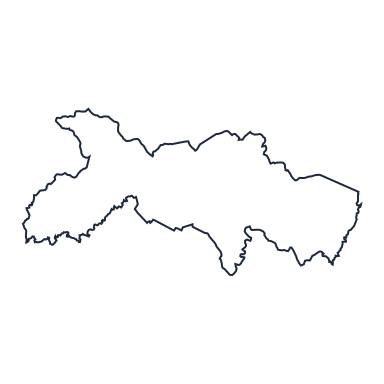 Goiatuba, Goiás, Brazil
{"feature_id": "56859067B21537019746622", "entity_name": "Goiatuba", "entity_type": "district", "adm_level": 2, "iso_a3": "BRA", "parent_name": "Brazil", "parent_adm1": "Goiás", "projection": "robinson", "projection_center": [-49.724, -17.991], "detail": "fine", "context": "isolated", "style": "outline", "palette": "slate", "viewbox_px": 384, "rotation_deg": 0, "n_neighbors": 0, "source": "geoboundaries", "source_scale": "gbopen_adm2", "svg_char_len": 5942}
<svg xmlns="http://www.w3.org/2000/svg" viewBox="0 0 384 384"><path d="M232.1,275.1L234.0,273.6L236.1,270.9L236.6,268.2L235.7,266.3L235.4,264.0L238.5,265.0L239.5,264.8L240.6,263.9L243.2,259.4L244.0,258.8L244.4,257.4L242.4,256.9L241.3,257.0L240.4,256.4L240.4,255.0L241.3,254.1L243.7,254.3L245.1,252.9L245.0,251.4L243.3,250.4L242.4,249.3L245.1,247.3L245.9,246.1L246.0,244.8L245.0,242.3L245.1,240.6L247.0,239.6L250.2,240.8L251.0,239.6L251.1,237.7L249.5,237.1L248.3,236.0L245.9,233.3L244.7,231.4L245.3,228.7L246.0,227.7L249.7,226.4L251.0,229.4L251.9,230.0L257.7,229.7L260.2,230.0L263.1,231.4L264.7,233.4L264.3,234.9L266.5,238.5L267.6,239.1L268.4,240.6L271.6,241.3L275.1,243.1L276.0,244.9L276.4,246.6L277.3,247.9L278.0,249.7L282.0,250.4L284.0,250.0L287.9,251.2L288.9,250.1L290.2,247.5L291.4,247.5L293.2,250.1L296.3,256.6L296.7,258.3L297.5,260.3L298.4,261.4L298.8,262.7L300.9,265.5L303.8,264.3L305.0,260.8L306.5,260.3L309.9,260.4L312.4,255.8L314.5,254.9L318.4,252.1L320.0,251.4L321.7,251.9L323.6,253.7L322.4,254.3L322.7,256.0L326.2,256.4L327.3,257.6L328.6,258.5L329.3,261.9L330.4,261.5L331.2,262.7L331.7,263.9L332.7,264.6L332.9,263.2L332.7,262.0L332.9,260.2L334.2,259.6L334.5,258.0L335.5,257.1L335.6,255.7L337.3,256.1L338.8,255.9L337.6,253.0L338.7,252.1L339.5,250.7L340.7,249.7L340.6,248.6L341.8,247.3L342.5,244.3L342.6,241.8L346.0,241.6L345.9,240.2L344.0,238.6L344.3,237.3L346.2,237.6L346.5,235.2L347.9,234.3L348.4,231.3L349.2,230.3L350.6,230.0L354.1,226.0L356.7,219.4L356.1,217.3L356.7,215.1L356.7,213.4L358.2,212.9L358.7,211.7L357.9,209.5L359.0,207.3L360.3,206.9L361.0,204.2L359.4,205.4L357.3,205.3L356.6,203.4L358.0,201.3L358.0,195.0L358.5,193.9L358.0,192.9L358.4,191.8L319.8,174.8L315.7,175.0L311.1,176.4L308.3,176.7L305.4,177.8L303.8,178.0L299.5,177.9L296.7,180.2L295.2,180.4L292.8,178.1L291.1,175.7L290.4,174.0L287.7,170.1L286.5,170.7L285.4,170.0L285.4,168.7L285.0,167.7L284.9,164.6L283.3,162.8L280.8,162.4L276.5,162.7L274.6,163.3L273.5,162.4L270.6,163.6L269.7,162.0L269.0,159.6L266.9,155.7L263.8,154.3L264.2,152.0L265.7,150.6L266.2,149.6L266.2,147.3L265.4,145.7L263.6,146.3L262.2,146.5L262.8,144.4L264.8,142.1L265.3,140.9L265.1,139.5L264.7,137.8L263.2,137.1L262.2,135.3L260.1,134.0L256.0,134.6L254.1,134.5L251.1,133.1L250.2,131.9L244.7,136.5L242.6,139.7L240.5,139.6L238.7,139.9L239.2,137.8L235.2,133.9L233.2,134.2L232.0,135.1L228.9,132.0L227.1,130.9L224.5,131.4L222.1,132.7L218.3,133.9L216.1,134.1L200.1,144.3L198.7,146.4L197.5,148.8L196.1,150.2L195.2,150.7L194.0,149.2L192.0,147.6L190.5,145.9L189.2,143.8L188.3,141.3L185.0,141.6L171.6,144.2L170.5,143.8L168.8,144.2L164.5,143.7L163.0,144.9L160.6,145.1L158.2,148.7L154.9,151.4L153.6,151.5L152.7,153.4L153.1,155.0L152.6,156.3L149.8,154.3L147.1,151.8L143.7,145.8L141.6,144.1L140.8,143.1L140.0,141.3L138.4,139.3L136.8,138.9L132.8,139.5L131.1,140.5L129.7,140.8L126.4,141.1L123.3,138.6L122.5,136.8L120.8,135.3L118.1,131.5L118.1,127.5L118.6,124.7L117.9,122.8L116.8,122.2L114.2,121.6L109.8,118.0L108.4,116.6L103.8,116.4L101.9,117.2L99.8,117.2L97.2,115.3L95.7,115.4L92.8,114.0L90.7,112.0L88.4,108.9L85.4,111.5L81.9,111.6L79.5,111.2L76.1,111.3L75.2,112.8L74.8,114.2L74.9,115.3L74.5,116.3L73.5,116.6L71.8,116.5L70.4,116.0L67.9,117.0L65.6,116.3L62.8,116.5L61.5,117.6L60.2,118.2L58.6,117.8L56.9,117.9L56.0,119.9L55.9,121.1L60.4,125.8L61.9,127.8L63.0,128.3L67.9,128.9L69.2,128.5L69.8,129.9L72.7,130.9L73.7,132.2L74.4,135.0L77.1,137.1L80.1,142.0L80.5,143.4L79.9,146.3L81.3,151.4L81.3,152.9L82.4,155.2L83.5,156.6L86.1,157.7L88.0,157.7L89.4,156.7L86.7,167.4L85.0,168.6L83.6,168.8L80.3,171.1L79.6,172.3L78.6,172.9L77.0,175.7L76.0,176.9L74.7,177.6L72.5,177.1L69.7,175.0L68.6,175.1L67.3,174.8L65.2,173.0L62.0,174.7L59.4,174.6L57.6,174.2L56.6,174.5L55.8,175.2L54.5,177.5L55.0,178.6L55.1,179.7L50.8,184.1L49.1,183.6L47.6,184.5L47.4,185.7L46.6,186.4L46.6,188.4L45.0,190.1L40.1,190.6L37.1,194.3L36.0,195.3L34.0,195.2L34.1,197.5L33.5,201.1L32.8,202.4L31.9,202.7L32.3,204.3L31.7,205.3L30.2,204.7L29.2,205.6L29.4,207.6L27.8,208.1L26.5,208.1L26.9,210.0L27.7,211.0L29.5,215.2L28.8,218.0L28.2,218.8L27.1,218.8L26.3,220.2L25.1,220.6L24.5,222.2L23.0,223.8L24.5,228.1L25.9,229.9L26.2,231.1L25.9,236.6L26.1,237.9L26.8,239.3L26.3,242.5L27.7,241.9L28.7,240.6L28.7,239.1L31.3,238.0L32.5,236.4L33.9,236.6L34.3,238.2L35.4,239.4L34.4,240.5L34.9,242.3L36.4,241.9L37.3,242.3L38.3,242.3L41.5,241.5L44.4,239.1L46.2,239.5L47.3,238.8L48.0,237.3L49.2,238.0L48.8,239.5L50.0,242.3L50.2,243.8L52.5,244.8L54.3,243.3L56.5,240.5L54.8,238.1L54.9,236.9L55.5,235.9L56.0,236.9L56.9,237.4L57.9,236.9L58.0,235.3L59.1,235.0L60.2,235.5L61.8,233.5L63.0,233.3L63.8,232.2L64.8,232.5L67.4,232.0L68.3,232.6L68.3,234.1L67.0,234.8L66.8,236.5L68.1,236.7L69.0,235.9L70.4,237.2L71.8,237.8L74.3,238.3L75.2,239.0L76.2,239.3L76.7,240.4L78.1,240.6L78.8,242.0L79.9,242.1L80.5,239.4L79.4,238.3L79.8,236.7L79.6,235.3L81.9,234.8L82.8,233.9L83.6,234.6L88.9,236.5L89.5,235.3L87.6,234.3L87.4,232.9L87.8,231.3L88.9,229.9L90.4,229.3L92.1,230.0L93.7,229.6L94.4,228.4L93.9,227.4L93.9,226.0L94.5,224.6L95.6,224.6L96.4,225.2L97.8,225.2L98.8,223.8L100.2,223.2L101.3,223.8L102.3,222.7L101.8,220.9L102.8,219.9L103.8,220.8L105.0,220.1L104.9,217.9L105.9,216.5L107.3,215.5L108.0,214.2L108.9,213.9L110.0,213.0L111.6,209.1L112.5,209.8L113.8,209.3L113.8,207.4L114.3,206.1L117.0,208.4L117.9,207.6L118.6,206.5L119.9,206.7L121.1,207.5L122.2,206.1L122.7,204.7L121.9,203.2L123.1,202.4L123.7,201.5L123.9,200.1L125.8,201.3L127.0,201.0L125.9,198.0L128.1,196.5L130.4,196.3L131.8,195.7L133.9,197.9L136.0,197.0L137.1,201.1L137.8,204.3L134.8,209.0L137.8,213.0L147.1,222.9L148.2,221.7L149.6,221.2L150.2,222.8L151.3,222.2L153.1,219.7L154.1,220.0L174.0,230.6L175.7,228.0L177.5,228.4L181.5,230.4L182.8,227.4L192.5,224.3L192.6,226.8L204.9,233.0L206.9,233.2L207.9,233.7L209.7,237.0L215.2,243.4L216.6,246.6L220.6,251.6L221.5,254.4L221.5,255.8L220.4,257.2L219.7,258.7L220.7,259.5L221.6,262.8L222.1,266.5L222.7,267.9L224.7,269.1L229.8,274.8L232.1,275.1Z" fill="none" stroke="#1e293b" stroke-width="2"/></svg>